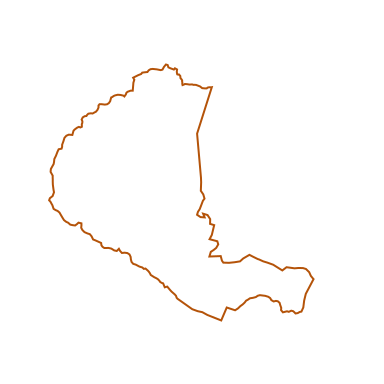 the district of Kinta, Perak, Malaysia, rotated 287°
{"feature_id": "92858781B39286105969870", "entity_name": "Kinta", "entity_type": "district", "adm_level": 2, "iso_a3": "MYS", "parent_name": "Malaysia", "parent_adm1": "Perak", "projection": "mercator", "projection_center": [101.136, 4.516], "detail": "fine", "context": "isolated", "style": "outline", "palette": "amber", "viewbox_px": 384, "rotation_deg": 287, "n_neighbors": 0, "source": "geoboundaries", "source_scale": "gbopen_adm2", "svg_char_len": 3569}
<svg xmlns="http://www.w3.org/2000/svg" viewBox="0 0 384 384"><g transform="rotate(287 192 192)"><path d="M104.4,168.4L105.2,169.9L103.8,173.0L102.9,174.4L101.9,175.6L100.6,176.8L100.1,178.6L99.5,180.7L99.1,183.2L98.6,185.0L97.5,186.9L96.6,188.0L96.2,189.9L96.2,191.1L92.9,193.8L94.3,196.0L92.0,199.5L90.8,201.5L89.9,203.5L89.0,205.5L88.0,207.1L86.4,208.2L85.7,209.3L80.0,226.5L79.7,232.3L80.1,237.0L78.9,242.7L77.7,257.5L91.7,259.0L91.5,267.8L94.1,270.0L97.0,271.6L99.4,273.4L101.7,274.7L103.9,275.5L105.3,276.9L107.3,278.5L108.6,281.2L110.2,283.8L112.0,285.2L113.2,287.1L114.1,292.3L114.1,295.6L113.4,297.8L111.8,299.5L111.2,302.1L112.4,304.1L112.6,306.0L111.6,308.2L110.0,309.2L107.3,311.2L105.1,311.7L103.5,314.1L104.7,316.1L105.7,317.7L105.7,319.6L107.5,321.6L107.6,323.6L106.9,325.1L106.1,326.5L107.1,328.5L108.8,330.1L109.6,331.6L114.1,332.2L121.0,331.0L127.9,330.6L144.2,333.7L144.3,333.5L146.5,330.2L149.6,327.5L151.7,323.5L151.7,320.4L150.5,316.1L149.0,312.4L148.3,308.1L147.7,304.4L143.4,301.3L146.2,290.9L146.5,284.7L146.5,280.4L147.1,275.8L147.1,274.5L148.0,269.0L148.7,265.3L143.4,260.4L139.7,258.2L137.3,253.3L135.1,248.1L133.6,242.6L135.1,240.7L139.1,238.2L135.4,227.5L140.3,227.5L142.8,229.6L145.6,231.5L149.6,232.4L152.3,230.6L152.0,222.6L156.7,223.5L166.8,222.9L166.8,218.6L171.4,217.3L174.5,213.6L174.5,209.0L171.4,211.5L170.5,207.5L171.7,203.5L174.8,203.5L177.9,204.4L182.2,204.7L186.8,205.0L189.3,205.9L193.0,203.5L195.7,200.1L204.0,197.9L208.3,196.4L249.3,179.8L298.0,180.3L297.7,179.7L297.2,177.8L296.4,176.4L295.4,175.8L294.9,174.3L294.6,172.8L294.3,171.4L294.8,170.1L295.3,168.9L295.6,164.6L295.2,162.9L294.9,162.1L294.9,160.6L294.0,158.2L293.7,155.9L293.2,153.6L292.4,152.9L291.5,151.7L292.5,151.1L294.0,150.7L295.1,150.1L295.8,150.0L296.6,149.2L297.4,147.8L299.6,146.8L300.6,145.1L300.2,144.4L300.2,143.5L301.4,142.8L302.6,142.3L304.0,142.0L304.8,141.9L305.3,139.5L303.8,138.9L304.0,135.3L304.3,133.0L306.3,131.6L306.3,129.8L303.4,128.6L300.4,128.0L299.4,126.5L299.0,122.5L298.2,118.4L297.3,116.4L295.7,115.0L293.7,114.3L292.7,111.9L291.6,109.5L290.0,108.9L288.0,106.4L284.1,102.3L282.5,104.0L279.4,104.0L271.6,105.7L271.0,103.7L269.0,101.1L267.8,100.3L265.9,100.2L263.6,99.4L264.1,98.3L263.9,95.2L263.3,92.6L261.9,90.2L260.8,88.9L259.6,88.1L258.8,87.1L257.0,87.1L254.9,87.2L252.7,86.5L251.1,85.2L250.1,83.1L249.6,80.2L248.9,77.9L247.4,77.3L245.4,77.9L242.9,77.6L240.6,76.6L239.7,75.6L238.0,74.0L237.7,72.3L236.6,70.0L235.2,69.2L233.8,68.8L233.1,67.2L231.4,65.7L229.0,65.3L227.6,66.5L226.0,66.9L224.6,66.8L222.2,67.6L221.1,66.4L221.2,64.8L220.1,63.5L218.8,62.5L217.4,61.5L216.0,60.8L214.9,60.8L211.6,60.9L210.8,57.4L209.1,55.4L206.5,54.2L202.9,54.2L199.2,54.0L197.2,54.6L195.3,54.6L193.9,52.0L191.3,51.6L186.8,51.3L183.3,50.7L180.3,51.3L178.3,51.5L172.8,50.3L169.9,50.9L166.9,54.0L164.9,54.6L163.2,55.2L161.2,55.8L158.3,56.8L156.1,57.8L153.7,58.9L151.4,60.1L147.4,59.9L144.5,57.9L142.3,57.8L141.3,59.5L139.7,61.1L138.6,62.3L135.4,64.6L134.8,67.0L134.6,69.0L133.6,71.3L131.9,73.1L129.7,75.5L127.7,77.8L126.7,80.4L126.4,82.6L125.2,85.1L125.4,87.5L125.8,90.0L127.7,91.4L129.5,92.4L129.7,95.4L127.9,96.0L125.4,96.5L123.6,98.3L122.2,100.9L121.8,104.2L121.8,106.6L120.3,108.9L117.7,111.3L117.5,113.7L116.7,120.0L114.5,121.0L113.4,122.5L112.8,124.5L113.4,126.5L114.1,128.4L114.3,131.4L113.4,134.7L113.6,137.3L116.3,138.7L115.3,139.7L114.5,140.6L113.2,142.8L114.3,145.4L114.7,148.1L114.0,150.5L112.0,152.3L109.8,153.2L107.5,154.6L106.1,156.8L106.1,159.4L105.3,163.5L105.3,166.6L104.4,168.4Z" fill="none" stroke="#b45309" stroke-width="2"/></g></svg>